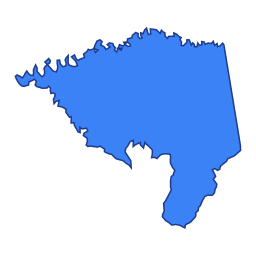 the district of Panambi, Rio Grande do Sul, Brazil
{"feature_id": "56859067B98821100508449", "entity_name": "Panambi", "entity_type": "district", "adm_level": 2, "iso_a3": "BRA", "parent_name": "Brazil", "parent_adm1": "Rio Grande do Sul", "projection": "albers", "projection_center": [-53.56, -28.356], "detail": "fine", "context": "isolated", "style": "filled", "palette": "blue", "viewbox_px": 256, "rotation_deg": 0, "n_neighbors": 0, "source": "geoboundaries", "source_scale": "gbopen_adm2", "svg_char_len": 3384}
<svg xmlns="http://www.w3.org/2000/svg" viewBox="0 0 256 256"><path d="M47.3,64.5L45.3,66.4L44.0,68.4L44.6,71.2L44.6,73.5L43.7,75.4L42.3,76.7L40.6,75.5L38.9,73.4L37.1,71.4L37.1,68.0L35.6,64.9L34.3,67.6L33.4,70.1L33.6,72.4L33.2,75.5L30.4,75.2L28.2,73.1L26.8,71.0L25.2,73.3L24.3,75.2L22.5,77.9L19.6,76.0L17.0,75.0L15.4,76.3L16.2,78.6L17.8,81.6L19.7,84.2L22.1,86.1L24.5,86.3L26.5,85.5L28.5,85.1L29.0,81.9L31.9,80.7L34.5,79.3L36.5,81.5L35.1,84.8L36.7,86.6L39.2,87.2L42.0,88.2L43.9,88.2L47.1,88.0L48.6,86.1L50.5,88.2L50.3,91.0L50.9,93.5L53.2,92.9L55.1,94.0L54.7,96.8L53.4,99.5L54.1,103.7L55.9,101.5L59.1,100.5L58.0,106.2L62.0,106.9L66.0,109.1L65.9,112.3L69.4,117.2L71.3,116.7L71.1,123.0L74.0,122.8L74.5,125.5L78.1,131.9L80.1,132.6L80.0,127.4L81.9,128.9L86.6,128.3L87.8,130.8L84.0,133.3L83.3,135.6L87.0,138.0L87.5,140.9L86.2,145.1L87.9,146.5L90.6,146.1L97.7,147.1L100.0,146.1L104.6,149.1L104.4,151.7L109.3,154.0L111.4,154.2L116.0,158.7L123.4,160.8L125.6,162.9L129.2,165.2L131.2,167.8L130.8,160.8L125.0,151.8L126.0,148.0L127.6,146.2L130.1,141.7L133.3,140.4L133.2,146.5L135.3,144.7L137.9,143.6L140.2,142.5L140.4,144.9L143.5,148.0L144.9,142.4L146.1,144.1L148.4,145.9L152.4,150.0L152.3,154.2L151.6,157.7L154.5,157.3L157.0,158.5L160.1,155.2L161.9,154.4L164.2,153.8L166.8,153.9L170.1,154.3L170.6,157.1L170.3,159.8L170.5,163.3L172.7,167.7L174.8,170.3L172.9,175.4L171.3,176.4L170.5,180.8L170.6,186.9L171.3,189.8L167.5,197.2L165.5,200.9L163.6,203.4L164.2,211.2L162.6,214.5L162.4,216.8L165.9,220.8L168.5,222.3L171.8,225.0L175.9,224.5L179.7,225.2L184.8,227.9L185.5,224.7L190.5,222.2L195.3,216.9L195.9,214.8L195.7,212.7L198.2,210.7L198.6,207.3L200.3,205.7L202.3,200.8L204.8,196.5L207.4,195.2L212.2,195.2L214.4,192.9L215.2,189.0L216.3,187.2L216.8,184.1L213.3,179.3L215.6,176.4L214.8,174.4L212.4,169.7L214.7,168.5L217.6,170.4L219.7,169.2L220.4,166.4L222.4,164.5L226.6,161.2L227.7,158.8L234.2,155.9L240.6,150.4L240.4,145.6L237.6,128.3L223.9,44.9L222.6,43.1L220.1,45.9L217.5,46.6L217.1,43.6L214.5,45.3L213.3,41.3L211.4,43.5L208.1,43.0L205.3,44.4L204.2,42.0L201.7,41.5L201.8,44.8L199.3,45.2L197.8,43.0L197.0,46.6L194.8,46.8L194.2,44.3L192.6,42.9L191.3,45.0L189.2,39.9L187.0,39.7L186.7,42.5L183.2,45.8L181.3,45.4L181.5,42.0L179.9,39.6L181.2,37.6L178.7,36.3L176.7,34.2L173.8,32.9L174.1,36.3L171.4,36.3L168.6,36.4L167.4,38.4L165.1,36.1L164.9,32.8L162.9,31.8L161.4,30.2L160.2,33.4L156.3,29.7L150.3,28.9L150.7,34.0L148.3,34.4L146.5,28.1L144.8,29.8L143.0,33.7L140.8,32.8L140.7,35.3L142.2,37.9L140.0,38.6L138.0,36.3L138.2,33.6L135.7,32.5L132.4,35.3L131.9,37.7L127.6,38.9L127.1,42.1L129.8,43.9L130.4,46.0L128.0,46.4L124.9,44.4L123.2,46.0L121.2,45.3L119.5,44.6L118.0,48.4L116.7,51.9L114.7,50.4L115.2,47.6L113.7,46.0L112.8,43.5L109.4,42.9L107.2,44.6L110.0,47.1L105.9,49.5L104.6,47.1L100.7,44.8L102.1,41.6L99.9,39.8L96.9,41.1L94.8,45.6L94.1,48.6L90.3,50.1L88.2,49.3L87.1,51.4L83.5,54.1L84.6,57.5L80.0,59.2L78.2,60.4L76.3,59.0L74.5,54.9L71.5,56.9L75.6,61.0L77.5,65.8L73.9,66.7L68.9,65.0L68.1,62.6L68.2,55.5L66.4,57.5L65.1,60.0L66.2,63.1L65.7,65.9L62.9,66.7L60.5,64.2L59.5,60.0L57.2,60.3L57.2,63.7L57.7,66.5L57.4,69.3L56.3,72.0L53.1,71.0L50.0,67.5L47.3,64.5ZM94.1,48.6L98.1,50.1L95.4,52.4L94.1,48.6ZM118.0,48.4L122.0,48.2L121.1,50.1L118.0,48.4ZM47.3,64.5L49.6,63.1L50.4,60.9L48.7,58.5L46.8,60.4L44.9,61.9L47.3,64.5ZM127.1,42.1L123.7,42.2L124.9,44.4L127.1,42.1Z" fill="#3b82f6" stroke="#1e3a8a" stroke-width="1.5"/></svg>